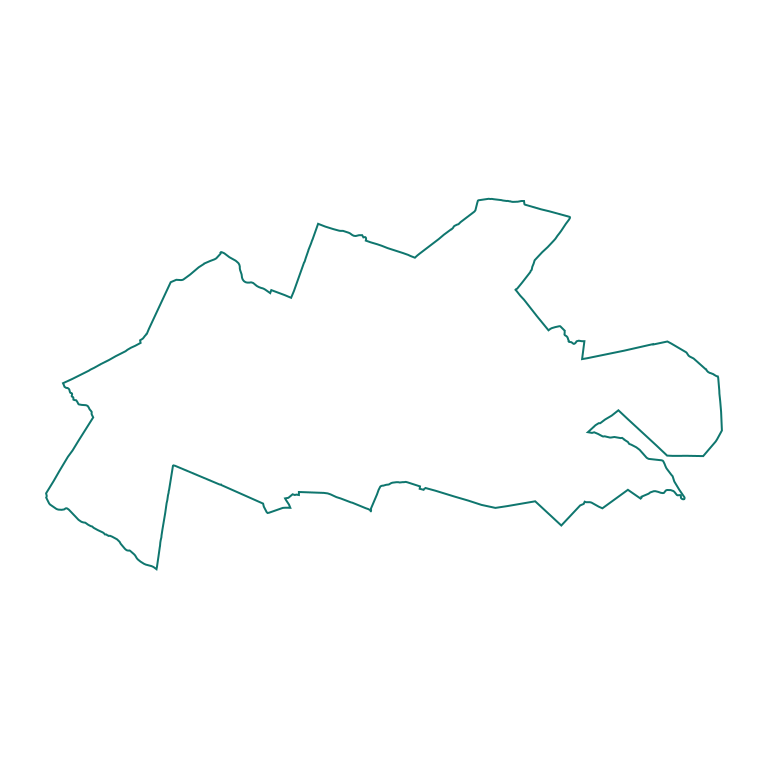 Clejani, Giurgiu, Romania (orthographic projection)
{"feature_id": "2599482B97356742421436", "entity_name": "Clejani", "entity_type": "district", "adm_level": 2, "iso_a3": "ROU", "parent_name": "Romania", "parent_adm1": "Giurgiu", "projection": "orthographic", "projection_center": [25.72, 44.314], "detail": "fine", "context": "isolated", "style": "outline", "palette": "teal", "viewbox_px": 768, "rotation_deg": 0, "n_neighbors": 0, "source": "geoboundaries", "source_scale": "gbopen_adm2", "svg_char_len": 6046}
<svg xmlns="http://www.w3.org/2000/svg" viewBox="0 0 768 768"><path d="M136.9,558.4L137.9,559.5L140.5,561.6L144.0,563.8L145.8,564.6L151.5,566.1L153.5,567.0L156.5,569.2L157.0,566.6L158.5,556.3L159.8,547.0L160.0,546.1L160.3,542.6L160.7,540.2L161.4,537.2L161.5,535.6L162.4,529.7L165.2,513.1L166.6,503.2L167.3,500.2L168.0,495.2L168.6,492.8L168.7,491.4L169.1,489.8L172.9,466.2L173.0,465.7L173.5,465.4L175.1,465.8L218.9,484.2L219.6,484.5L221.0,484.6L221.0,484.9L263.1,503.6L263.8,506.6L266.7,512.2L267.6,513.0L269.1,512.7L282.8,507.9L285.5,507.7L290.3,507.8L289.0,504.6L285.9,499.9L285.1,498.4L288.4,497.8L292.6,494.3L294.8,495.0L296.4,494.6L298.9,495.0L298.9,492.0L323.8,492.9L327.7,493.4L330.6,494.4L336.4,497.1L340.8,498.5L351.0,502.4L352.3,502.7L365.7,508.2L368.3,509.1L370.1,510.1L370.5,510.5L370.7,511.2L370.9,511.2L371.1,510.1L370.9,509.4L371.0,508.5L377.0,494.4L378.6,489.9L380.3,486.6L380.8,486.2L382.1,485.7L383.1,485.7L386.2,484.8L388.8,484.5L391.2,483.1L392.4,482.7L396.4,482.2L398.3,482.2L399.7,482.5L403.1,482.1L403.7,482.2L405.8,481.9L407.7,482.4L420.0,486.4L419.7,488.8L420.2,488.9L423.6,489.8L424.2,488.9L424.9,488.5L425.5,488.0L435.4,490.7L454.6,496.6L468.3,500.6L481.5,504.9L495.4,507.9L507.3,506.1L535.2,501.3L561.3,525.5L580.2,505.4L583.7,503.9L584.7,501.7L586.1,502.2L589.9,502.2L591.5,502.6L598.8,506.7L602.4,508.3L627.9,489.8L640.6,498.6L641.5,497.7L641.7,497.2L641.5,496.7L648.6,493.7L650.3,492.4L653.8,491.2L655.5,491.2L658.3,491.9L660.8,492.8L662.9,493.1L663.9,492.9L665.7,490.7L666.3,490.2L667.4,490.0L670.7,490.1L673.5,491.1L674.5,492.0L676.8,494.9L677.6,495.3L680.3,495.1L680.8,495.6L680.9,496.6L680.9,497.4L681.0,497.9L681.5,498.5L682.0,498.9L683.1,499.3L684.2,499.1L684.5,498.6L684.5,497.4L679.3,489.8L674.3,481.5L672.6,476.2L671.5,475.0L666.5,468.4L665.5,466.3L664.6,464.0L663.3,461.3L662.7,460.7L661.6,460.3L648.8,458.9L647.7,458.4L646.6,457.7L639.6,449.8L636.3,447.3L631.3,444.7L629.2,443.9L627.9,442.0L624.0,439.5L623.8,439.3L623.9,439.2L623.1,438.6L622.1,437.9L620.7,438.1L614.4,437.0L611.1,437.5L609.7,437.5L604.7,436.3L603.1,436.5L602.1,436.1L598.0,433.9L594.2,432.3L592.0,432.9L587.9,432.2L595.5,425.2L598.7,423.2L600.2,423.2L605.1,419.5L611.7,415.6L618.4,410.3L628.1,419.4L656.1,445.2L667.1,455.6L673.1,455.9L686.8,455.8L703.2,456.1L715.7,441.5L717.1,439.3L721.9,430.5L721.1,411.8L720.2,401.1L719.4,393.6L719.3,390.7L718.2,377.8L717.8,376.4L716.6,376.2L713.8,374.6L713.6,374.3L710.6,373.1L709.7,372.9L708.0,371.9L706.6,370.4L706.2,369.3L705.6,369.2L704.5,368.2L693.6,358.5L689.7,356.5L688.6,355.7L686.6,352.7L686.0,352.2L671.2,343.5L667.4,341.5L653.2,344.5L653.1,344.1L624.0,350.7L587.3,358.2L582.1,359.1L584.4,341.2L581.8,341.2L578.8,340.7L576.6,341.3L575.8,342.5L575.2,343.2L574.2,343.8L573.5,343.8L571.4,342.2L569.1,341.9L568.6,341.4L568.8,340.6L568.2,339.7L568.0,338.7L567.4,337.2L566.5,336.2L564.9,335.2L564.5,334.6L564.7,332.0L564.6,330.9L564.7,330.7L560.3,326.3L559.4,326.2L555.3,327.1L551.9,328.1L550.5,328.8L548.5,330.3L537.1,316.4L524.0,299.7L520.2,295.6L516.5,290.9L515.5,289.8L515.9,289.3L516.8,288.9L517.3,288.5L522.2,282.5L530.2,272.2L530.8,270.8L531.7,269.8L532.3,266.8L533.6,263.7L534.6,260.4L534.9,260.0L542.2,252.2L547.7,247.1L553.8,240.6L555.4,238.8L557.5,235.7L559.4,233.3L561.3,230.7L565.8,223.9L569.1,219.5L570.0,217.8L569.7,216.9L549.3,211.3L541.0,209.3L525.1,204.7L524.6,204.4L524.4,204.0L524.0,201.0L521.4,201.0L517.8,201.7L512.8,201.9L511.0,201.6L510.4,201.3L509.5,201.3L507.7,200.9L506.8,201.0L502.9,200.5L501.3,200.1L493.6,199.2L491.9,198.9L490.5,199.0L488.6,198.8L478.4,200.3L477.9,200.7L477.3,202.7L475.4,210.3L474.4,211.6L460.6,222.1L458.5,224.2L457.1,224.6L454.5,225.9L453.8,226.5L453.1,227.8L452.1,228.8L451.4,229.4L451.2,229.3L443.9,234.7L438.7,239.1L419.8,253.5L417.3,255.5L414.9,257.7L410.5,256.0L408.2,254.9L402.8,253.0L387.6,248.1L381.8,245.8L377.4,244.3L370.6,242.3L365.8,240.6L366.1,239.3L366.1,238.7L365.8,237.6L365.2,237.1L364.7,237.1L363.4,237.4L362.2,235.2L359.0,235.2L355.8,236.0L353.9,235.8L352.4,235.1L349.9,233.3L348.6,232.7L343.1,230.9L340.7,230.9L339.2,230.7L333.3,229.1L325.3,226.6L318.1,223.8L312.4,239.9L312.2,240.1L311.0,243.6L308.4,250.1L308.4,250.4L305.7,258.2L304.6,261.8L304.1,262.4L293.9,291.1L291.1,297.8L284.7,295.1L271.3,290.1L270.2,293.1L265.2,289.6L263.8,288.8L262.6,288.3L261.3,288.0L258.9,287.1L256.7,285.9L253.2,283.0L251.4,282.4L250.6,282.4L249.5,282.6L247.3,282.6L245.9,282.3L244.9,281.8L243.8,281.0L242.7,279.5L242.4,278.7L242.0,277.6L241.6,274.4L240.1,270.0L239.8,268.3L239.8,266.6L239.4,264.9L238.9,263.9L238.4,263.1L236.4,261.3L235.5,260.6L229.4,257.2L224.3,253.3L222.3,252.4L221.1,252.1L220.6,252.6L220.8,252.8L220.7,253.4L220.1,254.2L216.3,258.3L214.6,259.3L210.1,261.0L204.1,263.6L204.0,263.9L198.7,267.3L190.1,274.6L183.4,279.5L182.4,279.9L181.1,280.1L176.3,279.8L170.7,282.2L148.9,328.9L146.8,333.9L146.2,334.2L145.9,334.9L145.0,335.8L143.1,338.3L142.4,338.9L140.1,340.3L140.6,342.9L135.2,345.8L131.0,347.7L127.4,349.8L125.6,351.2L115.7,356.2L109.2,359.9L101.0,364.0L94.2,367.8L90.5,369.6L88.8,370.7L72.4,378.9L63.0,383.2L63.8,384.9L64.5,386.8L66.2,387.9L67.6,388.0L68.3,388.5L69.0,389.1L69.3,389.6L69.8,391.6L70.2,392.6L70.6,392.9L71.5,393.1L72.0,393.6L72.1,394.4L71.7,396.0L71.8,396.3L72.1,396.7L73.0,397.1L73.3,397.6L73.4,397.9L73.4,399.6L74.2,400.0L76.2,400.3L77.2,401.7L78.4,404.0L78.9,404.4L81.7,404.9L85.9,405.2L87.0,405.6L87.8,406.1L88.8,407.6L89.6,409.3L91.2,411.2L91.7,412.0L91.6,413.8L91.8,414.6L93.2,417.4L78.4,440.9L72.6,450.4L67.9,456.8L59.4,471.0L53.6,481.1L46.1,493.3L46.7,495.8L46.6,496.8L46.2,497.6L49.1,503.4L50.0,504.5L56.5,509.0L58.3,509.6L61.7,509.8L64.2,509.4L65.6,508.4L66.7,508.3L67.2,508.5L68.8,509.6L78.5,519.8L81.4,521.8L83.2,522.4L85.3,522.7L88.1,524.7L90.7,526.1L92.2,526.5L93.6,527.8L97.8,530.1L102.9,532.5L104.2,533.5L104.8,534.4L106.4,534.5L107.5,535.4L108.3,535.6L108.6,535.9L110.0,535.8L112.0,536.6L117.0,539.3L119.6,541.8L120.7,543.8L125.0,548.9L126.2,549.9L126.9,550.3L128.2,550.6L129.6,550.5L130.1,550.8L134.0,554.2L135.1,555.4L136.9,558.4Z" fill="none" stroke="#0f766e" stroke-width="2"/></svg>